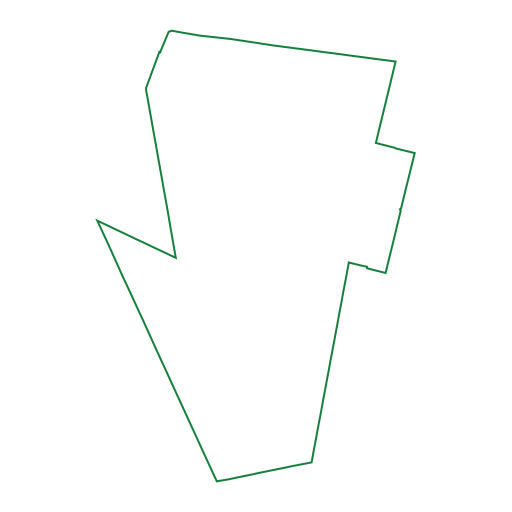 Tonanitla, México, Mexico (Mercator projection)
{"feature_id": "50627088B85888677914185", "entity_name": "Tonanitla", "entity_type": "district", "adm_level": 2, "iso_a3": "MEX", "parent_name": "Mexico", "parent_adm1": "México", "projection": "mercator", "projection_center": [-99.056, 19.68], "detail": "fine", "context": "isolated", "style": "outline", "palette": "green", "viewbox_px": 512, "rotation_deg": 0, "n_neighbors": 0, "source": "geoboundaries", "source_scale": "gbopen_adm2", "svg_char_len": 1794}
<svg xmlns="http://www.w3.org/2000/svg" viewBox="0 0 512 512"><path d="M216.8,481.3L228.2,479.4L235.3,477.9L248.9,475.1L249.8,474.9L259.6,472.8L269.4,470.8L279.3,468.8L289.1,466.8L291.8,466.2L301.7,464.3L311.6,462.4L313.5,451.8L315.4,441.9L317.2,431.9L319.1,421.9L321.0,412.0L322.8,402.0L324.7,392.0L326.5,382.1L328.4,372.1L330.2,362.2L332.1,352.2L334.0,342.2L335.8,332.3L337.7,322.3L339.5,312.3L341.4,302.4L343.2,292.4L345.1,282.4L347.0,272.5L348.8,262.5L359.7,265.2L367.1,266.8L367.0,268.1L367.8,268.5L385.6,273.0L385.7,272.5L386.2,270.5L386.3,270.2L386.8,268.0L386.9,267.8L387.4,265.5L388.0,263.0L388.5,261.1L388.6,260.6L389.2,258.2L390.4,253.2L392.2,246.1L393.9,239.1L395.6,232.1L397.3,224.8L399.1,217.4L400.7,210.9L399.9,209.3L401.0,208.7L404.1,196.1L405.8,188.9L407.6,181.8L409.4,174.6L411.1,167.5L412.4,162.4L412.9,160.3L414.7,153.1L395.7,148.4L394.8,147.8L375.9,143.0L378.5,132.0L381.2,121.0L383.6,111.1L386.0,101.2L388.4,91.3L390.8,81.4L393.2,71.4L395.6,61.5L384.7,60.1L373.8,58.7L362.9,57.2L352.0,55.8L341.1,54.3L330.3,52.9L319.4,51.5L319.0,51.4L308.3,50.0L297.5,48.6L286.7,47.2L275.9,45.8L264.4,44.1L252.9,42.3L241.5,40.6L230.0,38.9L219.9,37.8L209.9,36.7L199.8,35.6L183.8,32.9L171.7,30.7L168.6,31.9L168.1,33.1L160.1,52.4L159.3,51.9L158.3,54.9L156.4,60.0L154.2,66.0L150.1,77.1L146.0,88.2L146.1,89.3L146.2,90.8L148.0,100.5L149.7,110.3L150.8,116.4L151.6,120.9L153.5,131.6L155.4,142.2L157.3,152.9L159.2,163.5L161.1,174.2L163.0,184.8L164.9,195.5L166.8,206.1L168.7,216.8L170.4,227.1L172.2,237.3L174.0,247.6L175.8,257.8L166.0,253.2L156.2,248.6L146.4,243.9L136.5,239.3L126.7,234.6L116.9,230.0L107.1,225.3L97.3,220.7L108.6,245.0L122.8,276.7L129.3,290.5L133.3,299.2L143.5,321.3L156.9,350.9L183.7,409.3L211.3,469.5L211.9,470.8L216.8,481.3Z" fill="none" stroke="#15803d" stroke-width="2"/></svg>